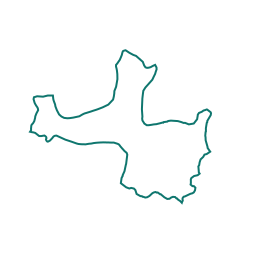 the district of San Marcos, San Marcos, Guatemala, rotated 130°
{"feature_id": "79465075B32898701467657", "entity_name": "San Marcos", "entity_type": "district", "adm_level": 2, "iso_a3": "GTM", "parent_name": "Guatemala", "parent_adm1": "San Marcos", "projection": "mercator", "projection_center": [-91.831, 14.993], "detail": "fine", "context": "isolated", "style": "outline", "palette": "teal", "viewbox_px": 256, "rotation_deg": 130, "n_neighbors": 0, "source": "geoboundaries", "source_scale": "gbopen_adm2", "svg_char_len": 3233}
<svg xmlns="http://www.w3.org/2000/svg" viewBox="0 0 256 256"><g transform="rotate(130 128 128)"><path d="M150.7,38.7L149.7,39.1L149.1,39.2L148.4,39.4L148.0,39.8L147.4,40.6L146.6,41.1L144.9,41.2L143.8,40.4L138.3,37.9L136.6,36.7L135.0,36.2L132.7,36.6L130.4,38.0L130.2,40.2L131.1,41.3L131.1,43.7L129.8,44.4L126.9,46.9L125.6,47.3L122.3,46.5L119.4,44.3L116.9,43.8L116.4,45.3L115.1,46.5L112.2,49.4L110.7,49.6L108.2,51.1L105.4,52.2L101.8,51.8L99.2,52.3L97.4,51.0L93.3,49.8L92.1,54.2L91.3,55.0L87.5,60.6L85.2,62.7L84.3,63.8L81.2,66.0L80.7,66.0L78.1,68.2L73.4,71.0L72.7,71.0L71.6,71.8L65.0,72.9L63.3,73.9L62.8,74.8L62.9,77.3L63.0,79.3L63.3,79.7L64.5,80.3L66.1,81.4L68.2,81.9L70.8,83.3L72.9,83.1L74.1,82.3L75.0,81.8L76.8,80.7L82.3,80.5L86.1,83.7L87.4,87.6L88.4,88.7L89.2,91.0L90.5,93.9L90.9,94.6L94.8,99.9L96.9,101.8L97.7,101.9L100.6,104.5L101.2,104.4L101.6,105.0L103.9,106.6L106.9,108.8L108.7,110.6L110.5,112.1L112.5,113.9L113.8,115.4L114.1,118.4L113.8,119.1L113.0,121.7L111.8,123.1L110.0,124.3L104.7,129.4L96.1,136.0L92.3,138.5L89.6,140.2L85.8,140.7L75.4,140.4L72.0,141.3L69.1,142.0L67.1,142.9L64.7,143.8L63.3,145.1L62.2,147.8L64.5,148.9L66.9,149.8L68.6,151.0L69.7,152.1L70.3,153.6L69.7,155.8L67.8,159.2L67.6,168.2L68.6,170.9L69.5,175.3L70.0,179.8L70.9,180.5L72.1,181.2L73.0,181.1L74.2,180.6L76.0,179.7L78.4,178.9L81.1,178.1L83.4,177.9L85.3,177.7L87.4,177.7L88.7,176.6L89.8,175.0L91.2,173.3L93.6,170.8L97.4,167.5L104.1,163.6L108.4,162.2L110.4,160.7L113.0,159.1L115.8,157.7L122.7,158.1L124.5,158.9L128.5,160.7L133.2,163.3L134.7,164.2L136.1,165.1L137.2,165.8L139.2,167.0L143.1,169.5L144.9,170.7L146.9,171.6L150.3,172.8L155.2,176.6L157.9,179.0L159.5,180.7L161.3,183.4L162.0,186.4L161.9,189.5L160.1,193.9L158.1,197.5L156.8,199.0L155.8,200.8L154.7,202.7L153.8,203.9L151.4,206.4L154.8,210.4L158.6,213.2L162.1,218.0L164.9,219.8L166.6,218.9L167.6,217.4L168.7,215.8L169.3,214.4L169.9,212.7L170.5,210.5L171.2,209.3L172.1,208.3L175.8,207.5L178.7,206.5L179.9,205.7L183.0,204.2L185.4,203.8L187.4,203.9L188.5,203.5L189.6,202.7L190.8,201.9L192.0,200.8L193.8,200.6L192.9,198.8L192.2,197.7L191.4,195.9L191.3,192.2L191.3,191.1L190.9,190.4L190.0,189.3L188.9,188.4L187.5,187.2L187.4,186.4L187.4,185.4L187.5,184.9L187.8,184.4L188.3,183.9L189.1,183.7L189.6,183.4L190.0,182.6L190.3,181.5L190.1,180.8L189.6,180.4L187.8,179.7L184.6,179.5L182.6,179.6L181.5,179.3L180.7,178.8L179.8,177.9L177.2,168.5L174.8,162.5L173.3,158.5L172.9,157.4L172.1,155.7L170.5,153.4L168.7,151.2L168.1,150.3L167.2,149.5L165.2,147.8L163.5,146.1L161.6,144.6L159.9,143.0L158.9,142.0L157.0,140.0L154.8,137.6L152.9,135.2L151.6,133.6L150.0,131.5L148.3,129.5L147.7,128.0L146.9,126.1L146.5,124.8L146.5,124.2L146.7,123.0L147.0,122.0L147.1,121.3L147.2,120.5L147.4,119.5L147.5,118.5L147.9,115.9L147.9,113.1L148.9,111.4L156.8,106.3L157.6,106.0L163.4,102.9L167.7,101.7L168.0,101.3L170.4,100.8L174.9,98.0L174.6,91.3L173.5,88.1L171.9,87.1L170.6,84.6L170.8,82.5L173.0,79.0L172.2,74.7L171.3,73.5L171.3,72.6L170.8,71.9L170.2,70.1L168.7,68.8L166.3,67.9L162.2,67.4L160.6,66.7L159.3,65.7L159.1,64.6L158.3,63.8L158.1,60.8L157.7,60.4L157.7,55.6L157.1,52.3L155.5,50.7L153.4,50.2L151.8,49.3L150.6,47.5L150.8,45.5L150.4,45.0L150.7,43.7L150.4,41.0L150.7,38.7Z" fill="none" stroke="#0f766e" stroke-width="2"/></g></svg>